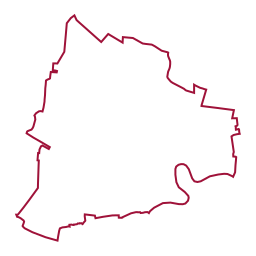 outline of Phu Nhuan, Hồ Chí Minh city, Vietnam
{"feature_id": "81297802B72603937188235", "entity_name": "Phu Nhuan", "entity_type": "district", "adm_level": 2, "iso_a3": "VNM", "parent_name": "Vietnam", "parent_adm1": "Hồ Chí Minh city", "projection": "orthographic", "projection_center": [106.679, 10.801], "detail": "fine", "context": "isolated", "style": "outline", "palette": "rose", "viewbox_px": 256, "rotation_deg": 0, "n_neighbors": 0, "source": "geoboundaries", "source_scale": "gbopen_adm2", "svg_char_len": 2817}
<svg xmlns="http://www.w3.org/2000/svg" viewBox="0 0 256 256"><path d="M168.2,52.6L167.7,52.3L161.6,50.7L160.1,49.7L154.9,46.3L152.9,45.2L151.7,44.6L145.4,43.9L142.7,43.5L132.9,38.0L127.2,37.5L122.9,37.1L122.6,42.6L108.2,34.0L101.2,42.0L79.8,23.0L76.6,20.1L74.4,15.4L70.8,18.1L66.8,23.2L65.8,34.9L64.3,51.8L57.4,63.5L55.3,63.4L53.3,63.4L52.8,70.2L55.7,70.6L57.0,71.0L56.7,72.4L50.8,72.0L50.3,75.5L50.0,78.4L49.5,78.8L47.4,79.6L46.0,80.5L45.7,84.7L45.3,88.2L45.0,95.3L44.6,99.5L44.5,101.7L43.9,105.3L43.5,107.7L43.0,109.6L42.5,111.5L40.7,111.1L39.0,111.3L36.0,113.3L34.4,115.5L35.0,116.8L35.3,119.6L33.4,126.5L32.7,128.0L31.5,129.6L29.4,130.4L27.5,131.2L27.1,131.6L26.6,133.3L30.1,135.5L31.2,136.2L33.4,137.6L43.8,143.6L49.8,147.1L48.8,149.0L42.4,145.5L41.7,146.0L41.0,146.3L39.5,149.5L39.2,153.1L38.1,153.0L37.5,160.3L38.8,160.5L38.6,165.3L38.0,183.4L37.9,188.0L29.1,200.1L23.6,207.4L18.3,214.1L17.7,214.7L16.3,214.7L17.1,216.8L18.5,217.1L20.6,218.2L23.6,220.5L24.1,221.7L23.6,223.3L22.6,226.0L23.5,227.2L24.9,228.4L32.4,232.2L45.5,237.2L57.5,240.6L58.1,236.7L59.2,230.7L59.9,228.4L62.4,227.4L66.0,227.0L68.3,226.4L69.6,226.6L69.4,225.6L69.4,224.8L71.4,224.6L72.7,224.9L73.7,225.0L73.9,224.5L74.9,224.5L77.0,224.2L77.9,223.4L79.1,223.6L79.7,223.2L80.1,223.4L81.0,223.2L81.4,223.2L82.1,223.6L82.4,224.1L82.9,223.8L83.6,222.6L85.2,220.9L85.3,220.6L85.0,218.4L84.7,216.1L84.8,214.4L94.9,215.6L95.5,218.2L103.0,216.8L112.5,215.4L118.7,215.3L118.8,217.7L121.6,217.8L122.3,217.6L122.3,217.3L127.1,215.1L131.0,213.3L135.7,212.2L137.2,212.1L137.8,212.3L140.1,212.2L140.6,213.0L143.0,212.8L145.0,212.2L147.6,212.1L148.9,213.1L149.9,211.3L151.5,209.9L154.1,207.7L162.9,203.1L170.4,202.6L178.8,204.1L182.8,204.2L185.4,203.5L186.6,202.2L188.0,200.7L188.7,197.8L188.3,195.9L184.8,192.0L178.8,187.3L176.4,182.2L175.4,174.7L175.4,169.0L176.2,166.6L178.5,164.8L181.1,164.1L183.6,164.2L186.2,165.6L188.8,169.2L192.2,178.4L194.4,181.3L197.4,182.0L200.7,181.3L209.9,176.3L218.3,174.5L224.1,173.8L227.5,174.0L232.3,176.2L233.1,176.8L235.1,172.3L235.5,165.1L235.9,160.9L236.2,157.1L235.7,156.7L233.3,156.5L233.2,154.0L233.8,152.0L231.5,136.4L233.6,135.0L237.0,134.2L239.7,133.8L239.4,132.8L239.2,131.7L239.1,129.9L238.9,129.2L238.4,129.0L237.6,129.3L236.5,129.6L235.9,129.7L235.8,128.7L235.8,127.3L235.5,126.3L237.2,125.6L237.4,125.3L237.5,124.5L236.9,119.5L236.8,118.2L232.2,118.3L233.9,110.1L220.0,108.3L218.6,108.1L201.5,106.0L201.6,105.2L206.2,89.6L204.0,89.0L202.7,88.5L200.1,87.8L195.4,85.5L194.1,84.7L194.1,87.6L194.1,92.9L186.2,90.5L185.5,90.1L184.0,88.8L181.8,87.6L172.7,82.9L170.8,81.6L169.0,79.5L167.7,77.9L167.3,76.8L167.4,76.1L168.0,72.4L168.2,71.5L169.2,69.2L169.6,68.1L169.9,66.9L170.2,64.1L170.2,61.7L169.9,60.4L169.2,58.8L168.2,56.3L168.0,55.2L168.0,54.2L168.2,52.6Z" fill="none" stroke="#9f1239" stroke-width="2"/></svg>